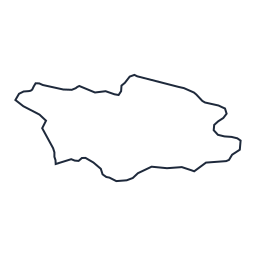 Racha-Lechkhumi-Kvemo Svaneti, Robinson projection
{"feature_id": "GEO-3035", "entity_name": "Racha-Lechkhumi-Kvemo Svaneti", "entity_type": "Region", "adm_level": 1, "iso_a3": "GEO", "parent_name": "Georgia", "parent_adm1": "", "projection": "robinson", "projection_center": [43.138, 42.637], "detail": "fine", "context": "isolated", "style": "outline", "palette": "slate", "viewbox_px": 256, "rotation_deg": 0, "n_neighbors": 0, "source": "natural_earth", "source_scale": "10m", "svg_char_len": 1026}
<svg xmlns="http://www.w3.org/2000/svg" viewBox="0 0 256 256"><path d="M164.9,83.4L178.5,86.9L183.9,88.1L193.9,92.5L196.3,94.5L202.3,100.9L205.0,102.5L218.5,105.5L222.3,107.3L225.0,108.5L226.6,113.7L223.3,118.0L218.2,121.3L214.2,124.9L213.7,130.2L217.9,134.8L224.4,136.4L231.5,136.9L237.3,138.3L240.6,140.6L239.8,149.7L232.1,154.7L229.0,159.9L226.2,161.1L206.0,162.6L194.2,171.3L191.2,170.2L190.9,170.1L181.8,167.1L167.0,168.2L151.6,166.7L137.9,173.2L132.8,178.0L126.7,180.3L116.3,181.1L109.4,177.6L106.3,177.0L102.6,174.4L100.8,168.8L93.4,162.5L85.5,157.9L81.9,158.0L78.6,160.9L74.8,160.6L71.2,159.2L55.7,164.0L55.5,160.2L54.4,156.8L54.4,152.3L53.1,148.2L42.2,128.2L46.0,120.7L39.5,114.6L23.3,106.2L15.4,100.0L19.0,93.8L23.6,91.5L28.9,91.1L30.7,90.7L32.2,89.6L33.8,86.3L35.6,83.3L39.2,83.4L42.8,85.0L63.3,89.5L71.8,89.8L75.7,88.2L77.4,86.9L79.3,86.0L95.0,92.5L105.6,91.2L114.5,94.3L118.6,95.0L121.1,91.2L121.5,85.6L124.8,82.9L129.7,76.6L134.4,74.9L137.2,76.3L164.9,83.4Z" fill="none" stroke="#1e293b" stroke-width="2"/></svg>